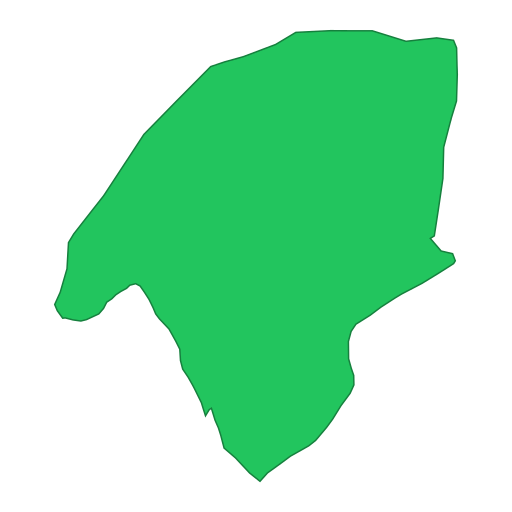 Nyenawliken, River Gee, Liberia
{"feature_id": "62588387B90652682225930", "entity_name": "Nyenawliken", "entity_type": "district", "adm_level": 2, "iso_a3": "LBR", "parent_name": "Liberia", "parent_adm1": "River Gee", "projection": "natural_earth1", "projection_center": [-7.985, 5.129], "detail": "fine", "context": "isolated", "style": "filled", "palette": "green", "viewbox_px": 512, "rotation_deg": 0, "n_neighbors": 0, "source": "geoboundaries", "source_scale": "gbopen_adm2", "svg_char_len": 1502}
<svg xmlns="http://www.w3.org/2000/svg" viewBox="0 0 512 512"><path d="M205.5,415.8L207.0,413.3L209.2,409.7L211.4,408.2L215.1,420.3L218.4,427.8L220.8,435.4L224.1,448.1L235.5,457.9L249.6,473.0L260.0,481.3L267.5,472.9L277.5,465.7L281.5,462.8L290.5,456.1L308.6,445.9L309.3,445.4L315.7,440.3L326.5,427.5L332.6,419.2L341.0,405.6L350.1,393.3L351.8,389.6L353.9,384.9L353.7,375.4L351.2,368.1L348.6,358.8L348.4,341.5L351.1,331.4L355.9,324.2L370.2,315.2L377.9,309.4L381.1,307.0L395.3,297.8L401.6,294.0L421.9,283.4L439.5,272.6L453.6,263.6L455.3,260.8L452.6,253.7L441.1,251.0L430.3,238.4L434.3,235.9L438.3,209.8L442.9,178.5L443.7,147.2L450.3,121.8L450.9,119.8L451.2,118.4L456.5,101.0L457.3,74.1L457.2,72.9L457.2,71.6L457.0,65.7L456.6,47.9L453.5,40.3L436.7,37.9L406.0,41.3L372.3,30.8L350.6,30.8L330.3,30.7L295.8,32.4L290.8,35.4L284.6,39.1L275.6,44.5L243.3,56.7L224.6,61.9L213.3,65.7L210.7,66.6L176.2,101.4L143.9,134.4L127.3,159.8L126.8,160.5L104.7,194.2L103.4,196.1L94.1,207.9L73.7,234.0L68.5,242.6L67.0,268.8L60.2,292.3L54.7,304.5L57.3,310.7L62.7,318.2L65.2,317.9L73.0,319.9L77.2,320.5L80.9,321.0L86.5,319.6L93.2,316.5L98.8,313.9L103.5,308.5L106.7,302.2L111.8,298.8L115.8,294.8L120.9,291.4L126.6,288.3L129.8,285.2L135.7,283.7L140.1,286.0L144.3,292.0L148.6,298.7L149.2,299.7L153.1,307.7L155.7,313.9L159.4,318.8L169.0,329.0L175.8,341.2L179.8,349.2L180.5,360.6L182.7,369.1L188.1,377.1L192.4,384.7L194.0,387.7L195.8,391.3L201.4,402.7L203.2,408.6L205.5,415.8Z" fill="#22c55e" stroke="#15803d" stroke-width="1.5"/></svg>